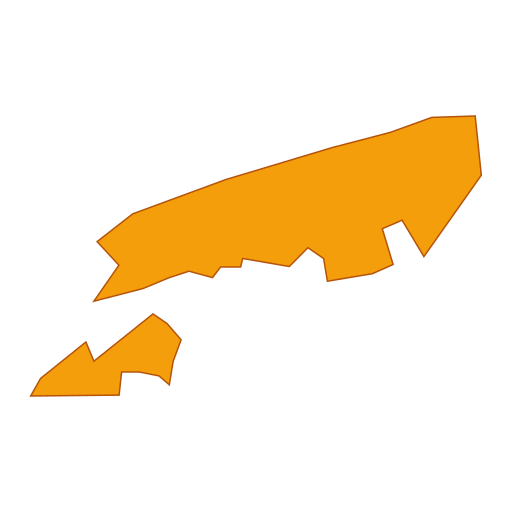 Tsuen Wan, orthographic projection
{"feature_id": "HKG-5165", "entity_name": "Tsuen Wan", "entity_type": "state/province", "adm_level": 1, "iso_a3": "HKG", "parent_name": "Hong Kong S.A.R.", "parent_adm1": "", "projection": "orthographic", "projection_center": [114.074, 22.367], "detail": "fine", "context": "isolated", "style": "filled", "palette": "amber", "viewbox_px": 512, "rotation_deg": 0, "n_neighbors": 0, "source": "natural_earth", "source_scale": "10m", "svg_char_len": 618}
<svg xmlns="http://www.w3.org/2000/svg" viewBox="0 0 512 512"><path d="M327.4,281.2L323.6,258.5L307.9,247.7L289.3,266.5L242.7,258.5L240.6,267.0L220.6,267.0L212.5,277.6L189.0,271.2L169.3,277.6L143.1,288.5L93.9,301.2L118.9,265.2L97.1,241.6L132.8,213.8L225.9,179.5L332.8,147.4L390.2,132.4L431.7,117.4L475.2,116.0L481.3,175.2L423.9,256.6L402.1,220.2L382.3,228.7L393.1,264.5L372.4,273.7L327.4,281.2ZM30.7,396.0L40.6,378.4L85.9,342.0L93.9,361.2L153.0,313.9L167.1,323.6L181.1,339.8L173.2,361.2L169.3,384.8L159.0,375.9L139.2,372.0L121.6,372.0L119.1,395.1L30.7,396.0Z" fill="#f59e0b" stroke="#b45309" stroke-width="1.5"/></svg>